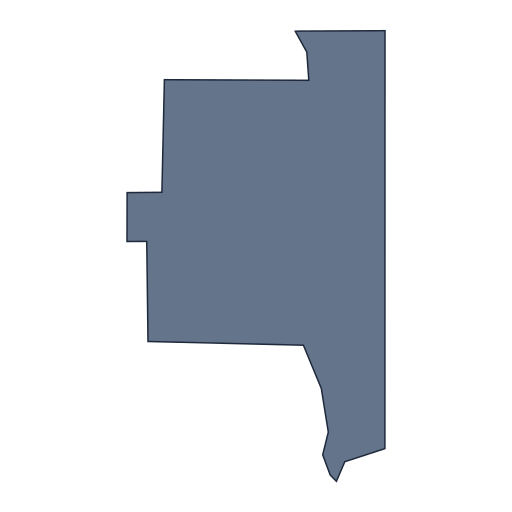 Lanier, Georgia, United States of America (Mercator projection)
{"feature_id": "52423323B24465829142626", "entity_name": "Lanier", "entity_type": "district", "adm_level": 2, "iso_a3": "USA", "parent_name": "United States of America", "parent_adm1": "Georgia", "projection": "mercator", "projection_center": [-83.072, 31.014], "detail": "fine", "context": "isolated", "style": "filled", "palette": "slate", "viewbox_px": 512, "rotation_deg": 0, "n_neighbors": 0, "source": "geoboundaries", "source_scale": "gbopen_adm2", "svg_char_len": 377}
<svg xmlns="http://www.w3.org/2000/svg" viewBox="0 0 512 512"><path d="M385.0,30.7L298.9,31.1L295.3,31.3L306.8,52.1L308.8,80.3L164.4,79.7L161.9,192.3L127.1,192.6L127.0,241.5L146.7,241.4L146.9,253.0L148.0,341.5L303.4,345.2L321.3,388.4L328.3,432.1L322.7,454.8L330.2,475.0L336.4,481.3L344.8,461.7L384.9,448.6L385.0,30.7Z" fill="#64748b" stroke="#1e293b" stroke-width="1.5"/></svg>